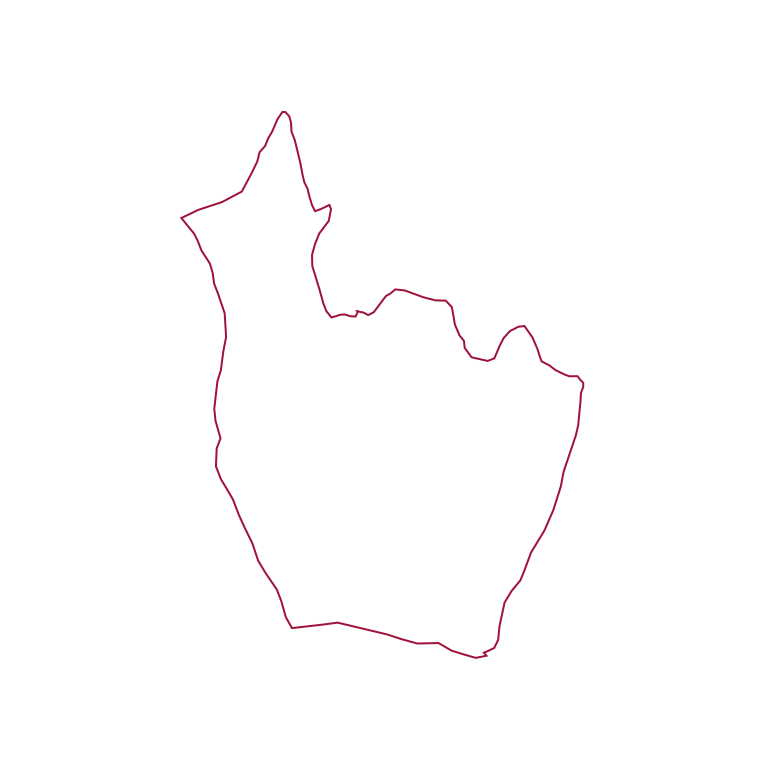 Yagba West, Kogi, Nigeria, rotated 159°
{"feature_id": "59680162B26925253941931", "entity_name": "Yagba West", "entity_type": "district", "adm_level": 2, "iso_a3": "NGA", "parent_name": "Nigeria", "parent_adm1": "Kogi", "projection": "robinson", "projection_center": [5.518, 8.278], "detail": "fine", "context": "isolated", "style": "outline", "palette": "rose", "viewbox_px": 768, "rotation_deg": 159, "n_neighbors": 0, "source": "geoboundaries", "source_scale": "gbopen_adm2", "svg_char_len": 2093}
<svg xmlns="http://www.w3.org/2000/svg" viewBox="0 0 768 768"><g transform="rotate(159 384 384)"><path d="M200.5,321.9L208.2,324.8L211.6,327.7L218.9,335.5L223.1,342.3L228.7,348.6L228.7,353.4L228.2,361.6L228.7,374.2L232.1,387.8L238.1,389.3L247.4,388.3L256.0,383.9L262.4,378.1L271.8,368.4L279.0,368.4L292.7,377.6L295.7,388.8L293.9,395.6L296.1,402.4L296.5,414.0L293.1,431.4L296.5,439.7L305.9,443.6L307.0,444.4L316.1,450.8L331.1,463.9L339.6,468.3L345.1,466.3L350.7,465.4L367.8,454.7L374.1,454.0L376.7,457.1L378.6,458.9L379.3,458.9L382.1,461.2L383.0,461.7L382.8,460.6L386.4,457.2L387.8,457.8L389.6,458.6L391.0,459.3L393.9,461.5L395.9,463.1L399.2,464.1L402.3,464.6L403.7,464.4L405.8,464.7L409.2,464.9L410.7,469.5L411.7,472.6L411.7,481.4L410.4,494.9L409.2,511.9L408.7,519.7L404.9,530.3L404.1,531.4L398.5,539.1L390.4,547.8L380.3,554.1L377.2,556.0L370.8,566.2L370.8,570.7L379.6,570.0L379.8,570.0L386.4,570.0L386.5,571.2L387.1,577.0L386.4,586.3L385.4,594.1L386.1,600.7L385.1,608.4L383.0,619.7L379.9,643.4L379.9,652.7L378.2,658.0L377.2,661.2L376.5,667.8L378.6,673.2L381.3,674.4L388.5,669.4L398.0,659.7L403.9,655.0L409.7,648.8L417.2,644.9L422.6,637.1L425.3,634.6L426.8,633.2L430.8,629.4L444.2,617.7L447.9,614.6L470.1,611.9L495.1,613.1L509.7,611.9L513.7,611.6L507.4,592.3L506.6,584.2L506.6,574.2L503.4,558.8L504.1,549.4L504.2,548.8L506.6,538.8L506.6,527.0L507.4,507.1L514.6,484.4L522.5,471.7L527.9,461.7L531.3,455.4L538.5,446.3L551.3,421.8L554.5,410.1L554.5,409.7L556.1,391.9L563.3,383.8L570.4,367.4L570.4,353.8L568.0,340.2L566.4,330.3L566.4,313.9L565.6,300.3L564.0,282.2L564.8,264.1L562.4,250.5L557.7,230.5L557.7,217.8L559.2,201.5L557.4,189.1L528.1,181.5L513.5,178.0L512.9,177.9L470.6,148.9L459.5,139.8L445.9,129.8L425.9,122.6L416.4,110.8L406.0,102.6L396.4,95.4L385.7,93.6L387.0,97.4L383.1,97.4L375.7,98.1L369.1,104.2L363.1,116.3L349.8,136.7L339.1,145.0L327.1,151.8L320.1,159.2L307.1,174.0L286.8,189.7L271.3,205.4L255.8,224.8L247.7,237.8L234.7,253.5L223.3,267.3L217.6,275.7L206.7,297.5L203.4,304.9L198.9,310.1L197.6,313.8L199.5,318.2L200.5,321.9Z" fill="none" stroke="#9f1239" stroke-width="2"/></g></svg>